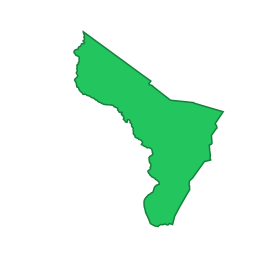 Mangulile, Olancho, Honduras (Albers equal-area conic projection), rotated 304°
{"feature_id": "27666195B89076502999157", "entity_name": "Mangulile", "entity_type": "district", "adm_level": 2, "iso_a3": "HND", "parent_name": "Honduras", "parent_adm1": "Olancho", "projection": "albers", "projection_center": [-86.874, 15.136], "detail": "fine", "context": "isolated", "style": "filled", "palette": "green", "viewbox_px": 256, "rotation_deg": 304, "n_neighbors": 0, "source": "geoboundaries", "source_scale": "gbopen_adm2", "svg_char_len": 5789}
<svg xmlns="http://www.w3.org/2000/svg" viewBox="0 0 256 256"><g transform="rotate(304 128 128)"><path d="M63.0,208.0L64.6,208.3L66.5,209.2L67.0,210.5L67.2,210.9L67.6,211.2L68.4,211.7L69.3,212.7L69.3,212.9L69.4,213.2L69.4,214.4L69.5,214.6L69.6,214.8L70.0,215.2L70.5,215.6L72.0,215.7L72.1,215.8L72.3,216.2L72.3,216.8L72.4,217.4L72.5,217.6L72.9,218.4L72.9,218.9L81.2,216.0L91.9,214.9L105.9,213.9L109.7,213.7L111.2,213.7L112.0,213.1L112.6,212.7L113.1,212.3L114.2,211.6L114.4,211.4L114.7,210.6L115.4,210.2L117.4,209.1L118.3,208.7L118.7,208.6L122.5,209.5L142.9,210.1L147.7,214.5L147.9,214.4L148.1,214.1L148.3,213.6L148.7,213.1L149.0,212.8L150.7,211.9L151.4,211.6L151.6,211.5L152.3,210.8L152.4,210.7L155.0,208.3L159.4,204.9L159.7,205.0L160.2,205.7L160.4,205.7L160.6,205.7L160.8,205.8L161.3,206.2L161.6,206.2L161.8,206.0L162.0,206.0L162.3,206.1L162.6,206.0L168.5,201.3L176.7,201.5L177.3,201.8L177.5,201.8L177.9,201.6L178.1,201.3L178.6,200.8L178.8,200.7L179.1,200.6L180.4,197.8L194.7,197.8L185.6,169.1L185.8,168.3L174.8,147.7L176.3,125.9L176.5,125.7L176.6,124.6L176.6,123.9L176.5,123.4L175.9,121.7L176.0,121.1L176.1,120.6L179.7,120.7L180.0,110.0L182.8,37.1L182.3,37.5L182.1,37.7L181.5,38.6L180.8,39.3L180.7,39.5L180.6,39.9L180.3,40.2L180.1,40.4L179.8,40.5L178.8,40.6L178.5,40.7L178.3,40.9L178.2,41.4L177.9,41.8L177.7,42.0L177.4,42.2L176.9,42.4L176.5,42.5L175.9,42.4L175.6,42.1L175.4,42.0L175.2,42.0L174.7,42.4L174.6,42.7L174.7,43.6L174.7,43.9L174.5,44.2L174.2,44.3L173.6,44.3L173.4,44.2L173.1,44.1L172.9,43.9L172.3,42.8L172.1,42.6L171.9,42.5L171.5,42.5L170.9,42.7L170.6,42.7L169.8,42.9L169.5,42.9L168.9,42.7L168.2,42.2L167.8,41.9L167.5,41.9L167.0,41.9L165.7,42.3L165.3,42.4L165.1,42.3L164.9,42.1L164.5,41.6L164.0,41.1L162.9,40.5L162.4,40.4L161.9,40.4L161.3,40.5L160.8,40.7L160.5,40.9L160.3,41.2L159.9,42.5L159.4,43.5L159.3,43.8L159.2,44.1L159.2,44.5L159.6,46.3L159.6,46.9L159.6,47.3L159.5,47.7L159.3,48.0L159.1,48.2L158.8,48.4L158.4,48.5L158.0,48.7L157.0,49.5L155.9,50.2L155.2,50.4L154.5,50.3L154.2,50.3L154.0,50.5L153.5,51.0L152.8,50.9L152.1,50.6L151.8,50.5L151.5,50.5L151.2,50.6L150.9,50.9L150.4,51.5L150.2,51.7L149.7,51.9L148.5,52.5L148.2,52.7L147.3,53.8L146.8,54.1L146.6,54.2L146.4,54.2L145.3,54.1L145.0,54.2L144.8,54.3L144.5,54.7L143.5,56.8L143.2,57.1L142.9,57.3L142.4,57.4L141.7,57.3L141.1,57.2L140.0,56.9L138.5,56.7L138.3,56.7L138.1,56.8L137.7,57.1L136.9,59.0L136.2,60.1L135.7,60.6L135.0,61.1L133.5,62.6L133.4,62.8L133.4,63.0L133.7,63.9L133.8,64.1L133.7,64.4L133.6,64.6L133.2,65.0L132.6,65.8L132.4,66.1L132.1,66.8L131.9,67.4L131.7,68.0L131.6,70.0L131.4,70.6L130.9,71.5L130.9,71.8L130.8,72.0L132.1,73.7L132.2,74.6L132.2,75.5L132.3,76.2L132.4,76.7L132.9,78.0L133.1,78.6L133.0,79.0L132.9,80.0L132.9,80.4L133.4,82.4L133.6,83.7L133.5,84.0L133.3,84.5L133.2,85.1L133.2,85.5L133.5,86.2L133.6,86.7L133.5,87.0L133.2,88.3L133.2,89.2L133.6,90.6L133.7,91.7L133.7,92.2L133.8,92.8L134.0,94.2L134.2,95.0L134.4,95.5L134.9,96.3L135.4,97.4L136.1,98.3L136.6,99.4L137.0,100.0L137.4,100.6L137.6,101.0L137.9,102.0L138.4,102.9L138.4,103.0L138.4,103.3L138.0,104.3L137.9,104.7L138.3,105.7L138.3,106.5L138.6,107.8L138.6,108.2L138.6,108.3L138.5,108.5L137.9,108.8L137.3,109.3L137.1,109.5L137.0,109.8L137.0,110.1L137.0,110.3L136.7,110.8L136.3,111.8L136.2,112.0L136.3,112.3L136.6,113.2L136.8,113.4L137.2,113.4L137.5,113.6L137.5,114.1L137.5,114.5L137.3,114.6L137.2,114.7L136.2,114.7L135.7,114.9L135.5,115.1L135.4,115.4L135.3,115.7L135.4,115.9L135.6,116.3L135.7,116.5L135.1,117.2L134.3,118.8L134.1,119.0L133.7,119.2L132.9,119.1L132.6,119.3L132.6,119.5L132.3,121.1L132.1,121.7L131.8,122.4L131.7,122.7L131.7,123.1L131.9,123.6L132.0,123.9L132.3,124.0L132.8,124.0L133.2,123.8L133.8,123.3L134.0,123.2L134.4,123.1L134.6,123.2L134.8,123.2L135.1,123.6L135.3,124.1L135.4,124.8L135.3,125.1L135.3,125.3L135.2,125.5L134.6,126.0L133.6,126.7L133.5,127.0L133.5,127.9L133.3,128.8L132.7,129.2L132.1,129.5L131.8,129.7L131.6,129.9L131.1,131.0L131.0,132.0L130.9,132.2L130.4,132.7L129.7,133.0L128.6,133.9L127.5,134.9L127.3,135.0L127.0,135.1L126.6,135.3L126.2,135.7L126.0,136.0L125.8,136.5L125.8,137.5L125.5,138.0L125.0,138.4L124.7,138.7L124.5,139.0L124.4,139.3L124.4,139.6L124.5,140.1L124.6,141.0L124.9,142.2L124.6,143.5L125.2,145.0L125.1,146.0L124.7,147.1L124.3,148.0L124.2,148.1L123.7,148.3L123.1,148.3L122.0,148.2L121.8,148.3L121.7,148.4L121.8,148.8L122.0,149.3L122.0,149.6L122.0,151.2L122.1,152.1L122.4,152.8L122.4,153.2L122.4,153.7L122.3,154.4L122.3,154.9L122.4,155.1L122.5,155.3L123.4,156.2L123.6,156.6L123.7,157.1L123.8,158.3L123.6,159.4L123.5,159.7L123.1,160.3L122.7,160.6L122.4,161.0L121.1,162.1L121.0,162.3L120.7,163.0L120.1,163.2L119.4,163.1L118.1,162.7L117.4,162.4L116.7,162.0L116.4,161.9L115.0,162.0L114.3,162.7L113.1,163.5L112.4,164.4L111.5,165.1L111.3,165.5L111.2,165.8L111.2,166.3L111.1,166.6L110.0,167.7L109.6,168.2L109.2,168.5L108.8,168.5L108.2,168.3L107.9,168.3L107.7,168.4L107.1,169.2L106.9,169.3L106.7,169.4L105.2,169.2L104.0,168.6L103.5,168.6L103.2,168.7L102.7,169.4L102.3,170.0L101.9,171.1L101.8,171.6L101.4,172.3L101.2,173.7L100.8,174.8L101.0,175.8L101.0,176.6L101.3,177.5L101.4,177.9L101.2,178.5L100.9,179.3L100.8,179.7L100.8,180.0L101.0,181.1L100.9,181.7L100.7,182.4L100.6,183.6L100.5,183.9L100.4,184.1L100.1,184.3L99.8,184.5L99.5,184.8L99.3,185.2L99.2,185.4L98.6,185.2L97.6,184.5L96.6,183.6L96.2,183.4L95.4,183.4L94.7,183.2L93.9,183.1L93.5,183.1L90.5,184.0L89.4,184.4L88.9,184.5L88.5,184.4L87.2,183.6L86.0,183.3L85.3,183.1L84.2,182.4L83.9,182.3L83.1,182.1L81.3,182.0L80.8,181.9L80.2,181.7L79.3,181.7L77.3,181.9L76.1,182.4L74.5,183.4L72.8,184.7L71.7,185.6L70.0,187.7L68.4,189.3L67.8,189.9L67.4,190.6L66.2,192.5L65.8,193.3L63.9,196.3L62.7,198.1L61.6,199.5L61.4,200.0L61.3,200.3L61.4,201.1L61.5,202.4L61.6,203.2L61.7,204.4L62.0,205.6L62.7,206.8L63.0,208.0Z" fill="#22c55e" stroke="#15803d" stroke-width="1.5"/></g></svg>